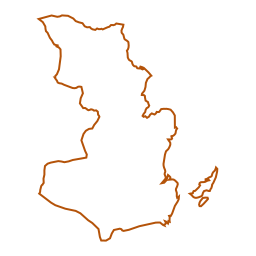 SVG path tracing the border of Pwani
{"feature_id": "TZA-3382", "entity_name": "Pwani", "entity_type": "Region", "adm_level": 1, "iso_a3": "TZA", "parent_name": "United Republic of Tanzania", "parent_adm1": "", "projection": "albers", "projection_center": [38.969, -7.175], "detail": "fine", "context": "isolated", "style": "outline", "palette": "amber", "viewbox_px": 256, "rotation_deg": 0, "n_neighbors": 0, "source": "natural_earth", "source_scale": "10m", "svg_char_len": 4512}
<svg xmlns="http://www.w3.org/2000/svg" viewBox="0 0 256 256"><path d="M177.1,128.6L176.4,129.5L175.9,131.0L175.7,132.4L175.4,133.6L174.4,134.8L173.3,135.7L172.8,135.9L172.0,136.0L171.4,136.2L171.5,136.9L171.8,137.6L172.1,138.3L171.6,139.2L170.4,139.5L169.1,139.4L168.0,139.4L168.9,140.8L169.7,141.8L170.3,142.9L170.3,144.7L169.9,145.9L169.1,147.7L168.2,149.2L166.0,151.3L165.0,154.5L163.5,163.9L163.6,165.7L164.0,167.4L165.1,170.2L165.3,171.8L164.8,173.0L164.6,174.2L165.8,177.4L165.4,178.8L161.7,183.2L164.2,182.7L166.1,180.6L167.3,177.7L168.0,175.0L169.3,176.1L170.3,177.2L170.4,178.4L169.1,179.7L172.3,179.4L173.7,179.6L175.2,180.6L177.5,182.9L177.8,184.1L177.2,186.2L176.0,188.9L175.9,190.0L176.8,192.9L176.8,196.3L177.2,197.8L178.5,197.0L178.9,196.6L178.7,199.2L177.6,201.6L174.9,205.9L172.1,213.6L170.8,215.9L170.3,215.7L170.0,215.7L169.7,215.8L169.1,215.9L169.7,217.2L169.5,220.2L169.7,221.7L168.5,221.2L168.5,221.9L168.0,223.5L166.6,222.0L165.9,221.5L165.1,221.2L165.8,222.5L165.8,223.5L165.2,224.2L163.9,224.7L164.3,225.5L163.1,225.0L160.0,222.5L155.8,222.6L139.4,226.2L128.9,229.8L123.6,230.9L122.2,230.4L121.4,229.2L119.8,228.7L113.9,230.0L111.8,233.5L110.0,238.3L106.0,240.6L101.2,240.5L99.9,237.0L98.5,229.0L92.3,223.0L88.1,220.2L80.4,213.3L75.7,210.9L65.3,208.7L55.3,205.2L51.0,202.6L39.2,193.6L39.8,192.8L40.1,191.8L40.3,189.8L41.2,186.2L41.4,185.8L41.9,185.1L42.2,184.8L42.5,184.7L42.9,184.0L43.3,183.3L43.7,182.9L43.5,178.7L44.4,174.7L44.4,170.3L45.0,166.0L47.6,163.7L50.8,162.6L58.3,161.1L61.4,161.5L64.4,162.2L68.6,161.4L72.7,160.0L86.3,157.6L86.8,154.5L85.1,150.9L81.4,140.3L83.5,134.0L85.8,130.8L89.0,128.9L92.3,128.5L94.2,124.9L97.3,121.1L99.4,116.8L98.9,115.6L98.1,114.7L97.8,111.7L96.2,110.4L94.0,110.6L92.7,109.7L91.0,109.3L89.7,109.9L88.4,110.2L87.4,109.7L86.6,108.9L85.1,108.0L83.2,108.1L79.9,103.4L80.7,98.3L82.9,93.3L81.4,86.9L79.9,86.6L78.3,86.7L77.4,87.1L76.6,87.8L74.6,88.2L72.6,88.0L64.1,84.8L61.7,83.6L59.2,83.2L57.7,82.5L56.9,80.6L55.8,79.2L54.9,77.8L55.3,77.9L55.3,76.0L56.9,74.3L59.0,69.3L60.7,56.3L60.5,49.4L58.9,47.5L56.7,46.5L57.3,45.8L58.5,45.5L56.5,45.2L54.3,44.5L53.0,42.6L52.0,40.6L49.9,37.8L47.6,32.8L46.0,31.2L45.5,28.9L45.3,26.4L42.8,22.1L38.7,19.0L51.6,15.5L57.3,16.8L59.8,16.4L62.0,15.4L68.0,15.8L73.3,18.5L75.7,21.1L78.9,22.3L82.5,23.2L84.7,26.3L87.1,27.3L89.8,27.1L91.0,28.4L92.5,29.3L95.3,29.9L96.2,29.2L97.1,28.5L98.6,29.1L100.3,29.1L101.6,28.8L102.7,29.4L107.5,27.3L109.4,26.7L110.9,25.1L112.1,25.0L113.3,25.2L114.9,24.7L116.3,23.5L123.4,24.7L123.0,26.9L122.2,28.6L121.5,30.5L121.6,32.5L121.9,33.1L123.0,34.3L123.4,34.9L124.2,38.1L124.5,39.0L125.0,39.5L126.9,40.7L128.2,41.8L128.4,42.3L128.7,45.6L128.5,47.6L127.9,49.4L126.9,50.7L127.5,52.8L127.8,57.6L128.9,59.7L129.8,60.4L130.8,60.9L131.7,61.5L132.1,62.3L132.2,63.2L132.6,64.2L133.1,65.1L133.8,65.8L134.3,66.2L134.7,66.3L135.9,66.4L136.4,66.6L136.7,67.2L137.0,67.8L137.3,68.2L138.4,68.4L140.8,68.5L141.7,69.0L142.5,69.4L143.5,69.0L143.4,68.4L142.6,68.0L141.3,67.5L139.6,66.4L142.0,67.1L143.8,67.9L148.5,72.4L151.3,75.7L150.5,76.1L149.0,77.7L147.5,79.0L145.9,82.8L145.5,87.0L144.4,90.7L142.0,93.7L141.8,95.0L143.9,95.1L144.9,96.0L145.0,97.6L145.6,100.6L148.0,102.1L148.4,103.8L149.2,105.6L148.3,107.2L146.6,108.2L145.6,110.0L145.2,112.0L143.7,113.8L142.6,115.9L143.6,116.8L145.3,116.2L147.0,117.8L149.0,116.6L150.1,114.7L151.8,113.4L153.1,114.0L154.6,114.5L155.9,113.4L156.7,111.9L157.9,112.1L159.2,111.9L161.2,109.1L164.0,108.8L165.1,108.9L166.3,108.8L168.4,109.1L170.6,109.7L173.0,112.4L174.8,115.5L174.9,127.6L176.1,127.2L177.0,128.5L177.1,128.6ZM216.0,167.5L217.3,168.9L217.1,171.7L215.8,177.4L213.3,182.9L212.2,184.5L212.0,185.1L212.1,185.7L211.9,186.2L211.4,188.0L211.1,188.4L210.4,189.4L210.2,190.0L209.8,191.0L208.8,191.0L206.5,190.3L204.0,191.1L202.9,193.0L202.4,194.9L201.6,196.1L198.3,197.4L196.6,197.8L195.2,197.8L193.5,197.1L191.2,194.7L189.9,193.7L190.7,193.5L192.1,193.4L192.8,193.2L192.8,192.9L193.0,192.3L193.3,191.8L193.4,191.7L193.6,191.1L194.1,190.9L194.7,191.0L195.2,190.8L198.8,187.3L200.1,185.3L199.3,184.4L199.7,183.0L200.7,182.3L202.0,182.1L203.6,182.1L205.0,181.9L207.6,180.6L209.1,180.3L208.6,179.7L207.8,179.5L205.6,179.8L205.6,179.2L206.6,179.0L207.5,178.5L209.1,177.4L210.9,176.7L211.7,176.0L212.3,173.8L212.9,172.6L213.8,171.5L214.5,171.0L214.9,170.5L215.8,168.3L216.0,167.5ZM202.9,197.9L205.7,197.6L207.6,197.7L208.0,198.9L207.1,200.0L203.5,203.9L201.0,206.2L199.6,206.1L199.1,204.7L199.6,202.5L200.6,200.7L202.9,197.9Z" fill="none" stroke="#b45309" stroke-width="2"/></svg>